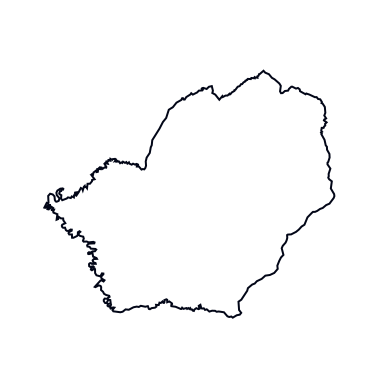 Mae Sai, Chiang Rai, Thailand, rotated 195°
{"feature_id": "78962969B11376495373152", "entity_name": "Mae Sai", "entity_type": "district", "adm_level": 2, "iso_a3": "THA", "parent_name": "Thailand", "parent_adm1": "Chiang Rai", "projection": "mercator", "projection_center": [99.929, 20.361], "detail": "fine", "context": "isolated", "style": "outline", "palette": "ink", "viewbox_px": 384, "rotation_deg": 195, "n_neighbors": 0, "source": "geoboundaries", "source_scale": "gbopen_adm2", "svg_char_len": 5962}
<svg xmlns="http://www.w3.org/2000/svg" viewBox="0 0 384 384"><g transform="rotate(195 192 192)"><path d="M329.5,143.9L330.6,138.7L329.7,138.7L328.5,139.9L327.5,142.3L325.8,142.7L325.4,141.4L327.6,139.5L327.3,138.0L325.9,138.1L324.2,141.4L321.8,140.6L321.7,139.8L323.1,139.0L322.8,138.3L320.7,139.1L321.0,137.0L320.4,136.2L316.3,135.7L315.6,130.2L314.3,131.2L314.6,133.6L311.9,132.6L309.6,133.1L308.9,131.3L306.3,129.1L308.9,126.8L309.0,125.6L308.2,124.5L307.2,124.1L305.4,124.7L304.0,122.6L302.9,122.1L301.3,122.4L299.6,124.3L298.4,124.5L298.2,123.5L300.6,121.2L300.6,120.2L299.6,119.2L297.0,119.9L296.0,116.8L294.7,117.1L291.7,119.7L291.2,121.0L291.8,123.6L290.5,125.0L289.6,124.6L290.6,123.2L290.5,121.2L288.6,120.6L285.5,120.7L284.5,119.1L284.7,116.6L283.8,116.0L280.9,116.9L278.7,116.6L274.4,118.3L273.1,118.1L273.1,117.1L277.8,115.6L279.0,114.7L279.5,113.4L278.9,112.3L276.7,112.5L275.0,111.1L270.5,112.0L269.6,111.6L270.4,109.7L272.7,108.9L274.3,107.2L275.9,107.2L276.6,106.2L276.2,105.3L275.5,105.3L272.3,107.2L270.8,104.0L267.2,103.5L266.5,102.8L269.5,101.8L270.3,100.3L269.2,98.6L266.8,98.4L266.4,97.7L270.1,96.7L271.3,97.2L272.4,96.6L272.8,95.7L272.1,93.7L270.9,93.3L268.3,94.7L267.4,94.2L269.6,92.5L269.6,90.9L268.4,90.5L266.5,92.5L265.7,92.4L264.6,88.6L262.7,86.8L258.7,86.8L257.9,90.1L256.5,90.3L256.3,89.6L257.6,87.2L257.5,85.7L256.8,85.0L253.7,84.1L254.3,82.7L256.8,83.3L257.5,82.7L261.4,75.2L260.7,75.1L257.8,77.7L256.0,77.6L255.1,76.6L254.5,73.8L252.1,72.6L250.6,70.9L248.2,70.3L245.1,70.3L244.5,69.4L245.7,68.1L246.0,67.0L248.8,66.4L249.3,64.9L248.9,63.7L247.2,62.3L245.9,62.5L244.9,66.3L243.0,66.5L241.6,63.2L244.2,62.2L244.2,60.3L243.2,59.8L241.1,61.2L241.1,59.1L240.5,58.4L238.3,60.1L237.1,60.2L238.3,57.4L237.1,56.4L230.1,57.3L228.0,58.4L225.8,61.4L222.6,61.9L218.7,65.5L215.7,67.0L213.6,67.2L212.0,68.8L207.4,69.1L205.1,70.3L203.4,67.9L202.3,67.9L200.9,69.4L197.8,70.7L196.7,72.1L197.5,73.7L194.9,74.2L194.8,76.7L193.4,76.7L192.2,78.6L191.0,77.5L190.3,77.7L190.1,78.7L190.7,80.4L189.0,81.7L188.1,81.5L187.4,79.1L185.6,80.4L182.5,79.2L182.2,78.6L182.8,77.4L182.4,76.4L178.1,76.9L172.5,76.1L172.0,76.3L171.6,77.7L170.1,76.9L167.4,78.4L166.5,77.8L165.6,78.9L164.3,78.3L163.7,79.4L162.4,78.2L161.3,78.5L160.5,77.6L159.4,77.6L159.2,79.1L157.8,80.9L155.5,80.5L154.6,81.1L156.0,83.8L154.7,85.2L153.0,82.3L152.1,82.0L150.5,82.7L148.9,81.5L147.4,82.5L144.3,81.0L141.9,82.5L139.0,83.2L137.2,82.7L135.3,83.5L130.0,84.1L125.6,81.1L123.7,80.9L121.8,81.9L120.1,81.2L116.9,84.5L114.1,85.9L113.2,88.0L116.0,90.2L118.7,98.1L116.5,100.7L113.1,110.9L113.1,113.6L109.9,118.2L107.7,119.8L106.3,122.6L102.2,126.1L99.5,130.2L95.3,132.0L91.6,135.1L89.3,139.9L90.5,142.9L89.9,148.0L89.1,151.8L87.4,154.9L90.8,160.9L90.4,163.5L88.5,167.3L88.1,169.7L88.1,172.3L89.0,175.0L88.4,175.7L85.3,176.7L81.2,180.4L79.1,183.3L77.2,187.0L74.9,189.5L73.9,197.4L70.7,203.1L70.0,204.1L68.1,204.6L66.2,206.1L63.9,208.8L61.6,210.4L59.0,214.1L56.2,216.3L53.6,222.8L53.4,224.9L54.2,226.8L58.8,231.3L59.7,238.5L62.8,239.8L64.1,241.1L64.0,242.7L64.7,244.8L64.4,250.4L68.3,253.8L68.7,255.5L68.2,256.2L68.0,260.9L69.1,264.3L72.5,267.8L73.4,270.6L74.9,271.7L77.5,276.7L81.9,281.2L81.7,281.9L82.7,282.7L81.9,283.8L83.0,284.5L83.3,287.5L81.5,288.0L81.3,289.5L80.5,290.7L81.1,292.2L80.0,294.1L83.1,295.3L83.0,296.2L81.5,297.8L84.0,300.1L83.7,303.0L85.7,308.5L88.7,311.2L89.9,311.4L89.8,312.5L92.1,314.7L94.3,314.5L96.2,315.9L97.8,315.4L103.9,316.5L107.1,316.7L107.6,315.8L113.7,317.3L114.5,319.0L116.6,319.9L118.3,318.8L122.5,319.7L123.3,319.4L125.0,316.7L125.4,314.8L128.4,313.6L130.1,311.0L131.6,310.5L133.0,312.0L133.7,317.5L135.7,319.4L141.4,322.2L144.4,323.0L148.2,325.7L152.1,326.2L154.3,327.6L157.2,323.3L157.7,323.2L157.9,321.4L158.8,320.6L158.3,319.3L160.4,319.1L160.6,318.4L161.3,319.0L161.8,317.9L164.2,317.5L164.4,316.3L167.3,315.7L167.6,314.6L168.3,314.5L168.7,313.4L169.3,313.2L169.4,312.3L170.6,311.3L171.5,309.2L172.5,308.9L173.4,306.6L175.1,305.5L176.5,302.0L177.4,301.3L177.2,300.6L179.3,298.5L180.3,296.3L180.8,296.0L181.3,296.5L182.6,294.4L184.6,293.8L186.8,291.7L187.5,292.5L189.5,288.2L194.7,292.1L198.0,292.9L198.0,295.2L200.3,299.4L202.9,298.0L204.5,295.3L208.0,295.5L209.0,295.0L209.3,294.3L208.0,293.6L208.3,292.8L211.6,291.7L212.8,289.5L216.4,286.3L218.3,287.2L218.8,285.8L222.1,282.2L223.0,279.4L224.0,279.2L225.1,280.3L225.9,279.9L226.1,278.2L230.1,274.3L232.4,269.0L235.7,265.5L236.1,256.8L238.2,252.1L239.8,244.8L243.8,231.8L243.0,226.8L243.4,224.5L242.9,218.8L244.7,213.5L244.6,209.6L243.2,205.5L243.3,203.1L244.0,201.5L245.4,201.5L246.6,200.6L250.0,202.9L251.9,202.3L252.0,202.8L251.1,203.4L251.2,204.5L251.8,204.7L253.1,204.7L254.0,203.7L256.3,204.1L257.3,202.8L259.8,203.2L260.6,204.3L261.8,202.7L263.2,203.9L264.2,202.8L266.5,203.4L266.9,202.0L267.9,202.3L268.9,201.2L270.5,202.6L271.4,202.2L271.9,202.7L273.0,201.7L273.5,202.6L274.4,202.0L273.9,203.8L274.9,204.1L277.3,203.1L277.5,202.3L279.4,202.9L279.3,202.1L280.5,201.5L279.8,201.0L280.8,200.9L281.0,200.1L282.3,199.5L280.7,197.5L282.5,197.4L283.1,198.0L283.9,196.6L281.2,194.0L281.2,193.3L282.8,193.1L284.2,191.4L285.2,192.0L285.3,191.0L287.3,192.1L288.0,191.1L287.2,190.2L289.1,189.7L288.4,188.8L288.2,187.1L289.2,186.6L289.6,188.7L292.2,185.3L292.1,183.8L293.0,183.4L292.4,182.7L293.5,182.3L289.4,179.1L291.6,177.8L291.4,176.5L292.7,173.6L295.0,172.9L294.4,168.5L295.6,169.5L296.7,169.0L297.2,170.1L297.8,169.1L297.9,165.4L298.7,166.6L300.4,167.1L301.4,162.7L304.8,161.2L304.8,160.6L303.5,160.0L303.3,161.4L301.7,161.7L302.8,158.5L304.6,158.9L305.1,158.3L304.7,156.2L307.0,156.6L307.5,154.8L310.4,154.7L311.3,153.3L315.2,150.5L316.8,151.8L317.4,155.1L319.4,155.6L319.9,156.3L319.7,158.5L318.6,159.1L318.6,160.6L317.2,160.9L317.1,161.7L317.8,162.0L320.1,161.1L322.4,158.5L322.8,156.2L321.8,154.0L318.3,151.5L318.5,148.9L320.2,147.6L321.2,147.6L322.4,148.8L323.7,152.2L325.9,153.6L328.6,153.6L329.9,151.0L327.8,144.4L328.3,143.6L329.5,143.9Z" fill="none" stroke="#020617" stroke-width="2"/></g></svg>